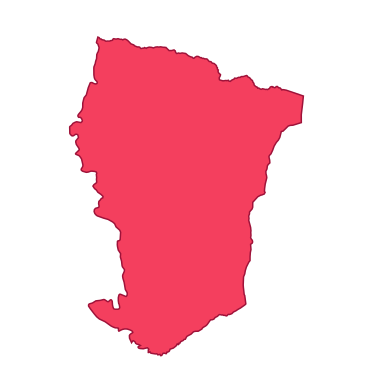 the district of Santa Sofía, Boyacá, Colombia, rotated 176°
{"feature_id": "7082276B71220292123998", "entity_name": "Santa Sofía", "entity_type": "district", "adm_level": 2, "iso_a3": "COL", "parent_name": "Colombia", "parent_adm1": "Boyacá", "projection": "mercator", "projection_center": [-73.594, 5.735], "detail": "fine", "context": "isolated", "style": "filled", "palette": "rose", "viewbox_px": 384, "rotation_deg": 176, "n_neighbors": 0, "source": "geoboundaries", "source_scale": "gbopen_adm2", "svg_char_len": 5997}
<svg xmlns="http://www.w3.org/2000/svg" viewBox="0 0 384 384"><g transform="rotate(176 192 192)"><path d="M262.8,45.9L261.6,47.5L260.8,47.7L259.8,46.9L259.1,46.2L258.8,45.0L257.4,44.0L255.8,43.6L254.2,42.5L256.4,41.5L256.6,40.9L256.2,40.1L254.9,39.5L251.6,39.0L247.4,39.7L246.4,38.8L246.1,38.1L246.6,37.6L246.8,35.0L246.2,34.9L245.1,35.5L244.4,34.2L243.6,33.9L239.7,33.0L238.4,33.1L237.4,31.9L236.0,32.2L235.2,32.2L234.8,31.0L234.4,30.9L233.6,31.1L232.1,33.1L230.6,33.1L229.5,32.6L228.8,32.6L228.4,33.9L227.7,33.9L226.1,34.5L225.5,35.2L224.9,36.7L221.5,37.6L218.7,39.5L218.1,40.2L217.6,41.3L217.0,41.4L217.0,41.0L216.4,40.7L215.8,41.0L215.5,42.1L214.6,42.1L213.7,43.5L211.2,44.5L210.2,45.5L208.9,45.6L207.6,47.8L206.9,48.5L202.8,50.3L200.2,52.5L198.5,52.8L195.4,52.7L191.7,54.6L191.3,55.3L190.4,56.1L187.6,57.5L186.2,58.6L182.5,63.1L180.4,63.2L179.0,63.7L177.7,65.2L175.3,66.2L173.8,67.5L172.9,67.8L170.7,67.2L169.9,67.3L169.3,66.8L167.5,66.6L166.6,66.0L165.8,66.1L164.5,67.3L163.8,67.4L163.2,67.2L161.9,67.5L160.7,67.9L159.0,69.4L156.3,70.5L154.5,71.6L151.7,72.9L147.1,75.7L146.1,76.6L146.6,85.0L147.1,86.1L147.4,93.5L147.4,95.7L146.5,103.8L145.1,106.6L144.3,109.9L142.9,113.5L140.2,118.1L138.9,119.5L138.6,123.5L138.0,127.6L137.2,130.4L137.2,135.7L135.5,136.8L135.0,137.9L135.2,139.6L136.2,141.0L136.7,142.3L136.2,144.6L136.2,147.5L135.9,149.2L136.0,152.6L137.4,159.8L137.0,161.5L137.1,164.1L136.2,166.1L136.0,168.1L133.2,170.9L132.5,172.6L132.1,177.5L126.7,182.7L123.5,184.1L122.7,184.1L120.0,185.0L119.1,186.6L119.7,187.6L119.3,190.5L118.4,194.8L116.4,201.0L116.5,202.8L116.9,205.0L116.9,207.4L115.6,209.8L115.0,212.8L114.0,214.2L112.3,215.6L112.3,218.4L112.7,220.9L112.7,222.3L111.7,223.6L110.6,224.5L108.6,228.1L106.9,232.0L104.4,235.6L102.2,237.8L100.6,240.3L98.7,246.1L96.9,246.4L91.4,251.1L89.4,251.6L86.6,251.6L78.1,253.6L77.6,261.4L75.4,272.9L74.2,280.0L90.9,287.0L93.6,287.7L94.5,287.8L95.2,287.5L96.8,289.6L98.3,290.0L99.5,291.3L100.7,291.3L101.3,290.5L102.5,290.3L103.3,290.7L103.6,291.1L104.3,291.0L104.5,291.5L105.5,291.6L106.6,291.2L107.4,290.0L109.4,288.9L110.2,289.2L111.6,289.2L114.4,290.1L115.9,289.6L116.7,290.0L118.2,291.1L119.2,291.0L119.8,292.2L120.7,292.5L122.3,294.0L122.6,294.9L122.7,296.1L123.7,297.6L123.7,298.1L124.0,299.1L124.9,299.7L126.5,301.9L128.3,303.0L129.0,304.2L129.5,304.4L132.8,303.6L134.9,303.7L135.8,303.0L137.7,303.1L139.6,302.3L141.6,302.6L142.2,301.7L144.4,300.9L146.2,299.7L147.5,300.1L147.9,300.9L149.5,300.6L150.3,300.9L153.3,300.7L156.2,301.7L156.8,302.1L156.9,303.9L155.6,306.1L155.4,307.2L156.7,308.4L157.4,309.6L157.6,311.0L157.2,311.8L158.2,313.0L158.0,314.3L158.8,315.2L158.8,316.2L159.5,317.2L161.1,318.7L162.8,319.1L164.0,320.7L165.7,321.0L167.6,323.5L168.4,323.8L170.0,323.9L171.2,324.6L172.2,324.5L173.4,325.4L174.3,325.4L176.1,326.7L177.6,327.0L178.1,326.9L179.6,326.2L180.7,325.3L181.4,325.3L182.3,326.4L184.0,327.0L186.2,328.2L188.6,330.6L192.2,331.4L194.3,331.1L195.8,331.6L197.5,331.2L198.5,332.2L198.9,334.0L199.3,334.2L200.0,335.0L202.6,334.5L205.0,334.7L208.0,338.1L208.6,338.0L209.8,338.4L210.4,338.3L213.1,339.0L215.2,338.9L216.4,339.2L218.4,339.1L220.5,338.4L222.2,339.1L224.6,339.5L226.9,339.0L227.6,338.5L229.3,339.4L230.0,338.8L230.8,339.0L232.3,338.7L233.2,338.8L234.1,340.1L234.8,340.4L236.4,340.5L239.2,341.9L239.8,342.8L242.5,344.0L245.1,347.1L246.4,348.3L247.8,349.1L249.1,349.2L250.4,348.6L251.7,349.3L253.0,349.3L255.1,350.1L257.1,349.8L259.5,350.4L260.3,349.9L260.6,349.1L261.2,348.8L262.5,348.7L263.7,348.3L266.0,348.5L267.2,348.4L267.8,348.6L268.9,349.6L271.2,350.2L271.8,350.9L273.0,351.1L273.9,352.5L275.1,353.1L276.9,347.9L276.7,347.3L275.6,346.2L274.6,342.4L275.7,338.7L276.6,337.4L277.4,335.7L277.9,331.7L279.0,329.1L279.6,326.8L281.1,323.6L281.3,322.2L281.7,315.6L281.5,313.1L281.2,311.7L280.4,310.3L279.1,308.8L278.9,307.7L279.3,306.8L280.5,306.5L282.0,306.9L284.2,308.2L285.4,308.2L285.9,308.0L288.2,303.3L290.7,296.1L293.0,293.7L293.5,292.4L294.8,288.3L295.1,284.1L295.9,281.9L296.9,280.4L299.9,277.3L300.5,276.2L300.4,275.2L299.8,274.4L298.3,274.3L297.1,273.1L296.4,270.9L296.6,270.1L298.0,269.0L302.1,270.1L303.6,269.8L305.9,268.8L307.6,266.9L309.2,265.9L309.5,265.4L309.8,259.0L309.2,257.7L307.7,256.3L306.3,256.4L304.3,257.6L303.6,257.7L302.8,257.6L301.8,256.7L301.5,254.2L304.3,251.1L304.5,250.0L304.1,247.6L301.8,243.5L301.5,242.4L301.9,241.6L305.0,239.0L305.5,238.2L305.2,237.7L302.2,236.2L301.4,235.3L299.9,232.7L298.9,226.4L299.3,224.9L300.9,222.6L301.0,222.0L300.8,221.3L299.6,220.3L296.1,219.0L294.3,219.1L291.5,219.8L290.5,219.8L287.6,219.3L286.2,218.7L285.8,217.8L285.8,217.0L286.2,216.2L286.1,213.0L286.4,211.5L286.4,208.5L286.8,207.8L289.3,206.2L290.4,204.8L289.4,202.9L288.5,201.7L287.3,200.7L285.9,198.3L282.9,195.9L281.1,193.9L281.4,192.4L282.9,191.9L284.2,190.3L285.3,189.4L285.7,188.7L286.0,186.6L285.7,185.1L285.8,183.7L286.5,183.1L289.5,182.4L290.6,181.2L291.0,179.4L290.5,177.5L289.7,176.2L288.2,174.8L282.0,172.1L277.6,170.5L273.3,167.7L271.4,165.8L270.2,162.5L266.8,159.0L266.0,156.9L267.0,149.4L268.0,148.6L269.5,148.3L269.8,148.0L270.2,144.6L270.1,142.5L269.6,139.2L267.5,135.5L268.0,132.2L267.1,127.9L266.9,123.4L266.6,122.2L264.8,119.3L265.0,117.7L266.9,114.0L267.1,112.9L266.9,110.6L266.0,106.7L265.3,99.4L263.7,96.1L263.7,94.8L264.1,93.2L265.0,92.4L265.5,92.5L270.3,94.9L271.1,95.1L271.9,94.6L272.3,93.7L272.9,91.7L273.1,88.7L272.9,85.8L272.5,85.1L272.2,82.6L272.2,81.5L272.9,80.6L273.8,80.2L276.9,80.4L278.0,80.8L278.5,81.6L278.9,82.9L279.2,84.9L279.2,88.4L279.5,89.3L280.0,90.0L280.9,90.1L282.7,88.7L283.4,88.4L284.1,88.7L286.7,90.7L287.5,90.9L291.2,90.3L295.5,90.1L299.1,88.2L301.6,87.7L302.6,87.3L303.1,86.5L303.1,85.3L301.5,82.5L297.9,77.1L295.8,74.2L293.3,71.8L287.8,68.7L282.1,64.0L279.9,62.7L277.9,61.8L276.4,61.7L274.9,61.2L275.0,59.1L274.8,58.4L274.1,58.4L273.1,59.0L270.8,59.8L268.5,60.1L266.1,59.8L263.6,58.8L261.6,57.6L261.0,56.7L260.9,55.9L263.2,54.6L264.1,53.8L264.5,53.0L264.5,50.4L262.8,45.9Z" fill="#f43f5e" stroke="#9f1239" stroke-width="1.5"/></g></svg>